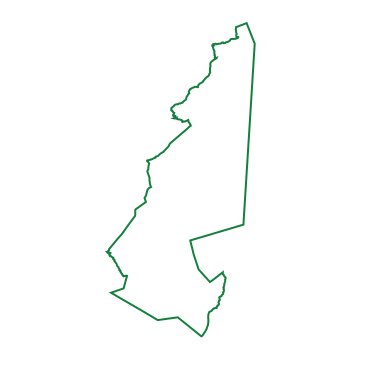 outline of Laisamis, Eastern, Kenya, rotated 69°
{"feature_id": "3690345B46270372847124", "entity_name": "Laisamis", "entity_type": "district", "adm_level": 2, "iso_a3": "KEN", "parent_name": "Kenya", "parent_adm1": "Eastern", "projection": "albers", "projection_center": [37.15, 2.304], "detail": "fine", "context": "isolated", "style": "outline", "palette": "green", "viewbox_px": 384, "rotation_deg": 69, "n_neighbors": 0, "source": "geoboundaries", "source_scale": "gbopen_adm2", "svg_char_len": 5746}
<svg xmlns="http://www.w3.org/2000/svg" viewBox="0 0 384 384"><g transform="rotate(69 192 192)"><path d="M330.1,235.0L330.0,234.2L329.4,233.1L327.8,231.0L327.0,229.6L326.4,229.1L324.9,227.3L323.3,226.0L321.5,224.5L318.5,223.0L314.3,221.6L313.9,221.5L313.0,220.9L312.2,220.6L311.9,220.4L310.3,219.0L310.2,218.6L310.2,218.0L310.1,217.8L310.1,217.4L310.0,216.5L309.7,215.9L309.3,215.3L309.2,215.0L309.0,214.8L308.9,214.3L308.8,213.9L308.8,213.3L308.5,213.0L308.8,211.2L309.1,210.6L308.9,210.4L308.1,210.1L307.6,209.7L307.6,209.2L307.3,208.8L307.3,208.5L306.9,208.1L306.8,207.4L306.6,207.2L305.7,206.8L304.8,206.9L304.4,206.7L304.0,206.3L303.6,206.0L303.4,205.8L303.2,205.5L303.0,204.9L302.0,204.5L301.9,204.5L301.7,204.7L301.4,204.7L301.1,204.5L300.1,204.3L299.9,204.0L299.8,202.0L299.5,201.5L299.0,201.3L298.5,199.7L297.7,199.1L297.2,199.0L296.8,198.9L296.7,198.5L296.5,198.2L295.5,197.5L295.2,197.4L294.9,197.3L294.4,197.4L294.2,197.1L293.9,197.2L293.0,196.9L292.3,196.9L292.2,196.8L292.0,196.2L291.4,196.0L290.9,195.4L290.3,195.2L288.8,194.4L288.3,193.9L287.3,193.0L286.3,192.6L285.7,192.5L284.8,191.6L283.8,191.3L283.6,191.3L283.2,191.7L282.7,191.7L281.7,192.1L280.6,192.2L280.2,192.5L279.8,192.6L279.2,192.5L278.0,192.0L281.7,204.3L282.5,207.5L266.6,213.6L251.0,212.8L236.6,211.0L240.9,155.7L76.0,80.3L53.9,80.5L53.9,91.7L54.0,91.7L54.9,92.2L55.7,92.8L56.1,93.0L56.7,93.1L57.5,93.1L57.8,93.3L58.3,93.3L59.1,93.6L60.2,93.6L60.9,94.0L61.2,94.4L62.1,94.7L63.3,94.9L63.6,94.7L63.6,94.4L63.4,94.2L63.9,93.3L64.0,93.3L64.3,93.5L64.6,94.2L64.7,94.6L64.5,96.8L64.2,97.7L63.2,100.6L63.2,101.0L63.3,101.3L63.6,101.6L63.9,101.9L64.2,102.4L64.4,102.9L64.7,104.8L64.4,107.1L64.7,107.6L64.7,108.1L64.6,108.7L64.2,109.3L63.5,109.4L63.4,109.7L63.3,110.7L63.5,111.0L63.6,111.4L63.6,112.3L63.4,113.3L63.3,113.6L63.0,114.3L63.1,114.8L63.0,115.1L63.0,115.8L62.5,116.2L62.0,117.0L61.9,117.7L61.7,118.4L61.6,119.3L61.8,119.4L62.2,119.3L62.3,119.3L62.2,119.8L62.3,120.0L62.7,119.6L63.0,119.4L62.9,120.1L62.6,120.6L62.8,120.7L63.1,120.5L63.4,120.5L65.4,120.6L66.1,120.8L66.6,120.6L67.6,120.8L69.0,120.6L69.9,121.3L71.6,121.6L72.2,122.0L72.4,122.0L72.5,121.7L73.0,121.9L73.5,121.8L74.8,122.6L75.3,122.5L75.6,122.2L75.7,121.7L75.7,121.4L75.6,121.1L75.6,120.9L75.8,121.1L76.0,121.6L76.0,122.1L76.3,122.9L76.3,123.7L76.4,124.3L76.5,124.7L76.9,125.5L77.2,127.0L77.5,127.5L78.6,128.9L79.5,129.3L80.5,129.3L81.9,130.2L82.2,130.3L82.9,130.8L84.0,131.2L85.5,132.0L86.5,132.1L87.0,132.2L87.3,132.5L87.7,133.2L89.1,134.5L89.4,135.0L89.6,135.5L89.8,135.7L89.9,136.8L91.1,139.4L91.6,140.2L92.0,141.0L92.5,141.6L92.6,142.1L93.2,142.7L93.3,143.3L93.3,144.0L93.5,144.6L93.5,145.6L93.8,146.2L94.3,147.5L94.6,147.9L95.4,148.3L95.9,148.7L96.1,148.7L96.2,148.9L96.1,149.4L95.3,150.4L95.1,150.8L94.8,151.7L94.8,151.9L95.0,152.7L94.9,154.5L95.3,155.6L95.2,156.6L95.7,157.0L95.7,157.4L96.3,158.1L96.7,158.7L97.0,159.0L98.0,159.2L98.7,159.2L99.0,159.2L99.1,159.5L99.1,159.9L99.2,160.2L100.9,162.4L101.2,162.9L102.9,164.1L103.5,164.5L104.0,166.2L104.5,167.5L104.5,168.1L104.6,168.3L105.1,168.6L105.2,169.0L105.1,170.1L105.2,171.0L104.9,171.7L104.8,172.6L105.0,173.5L105.0,173.8L105.0,174.1L104.7,174.8L104.5,175.4L104.5,176.8L104.6,177.1L105.3,178.3L106.1,180.9L106.2,181.1L106.6,181.4L107.0,181.4L107.7,181.9L108.4,182.1L109.0,181.7L109.2,181.2L110.0,181.3L110.4,181.0L110.9,181.0L111.2,180.9L111.5,180.7L111.8,180.3L112.8,181.1L113.1,181.5L113.2,182.0L113.5,182.2L114.3,182.1L114.7,181.9L114.9,181.2L114.9,180.4L115.1,180.2L116.0,180.5L116.2,180.9L116.2,181.1L116.4,181.3L116.7,181.0L116.8,181.3L116.7,182.6L117.0,182.2L117.3,181.1L117.3,179.9L117.7,180.3L117.8,180.3L118.0,179.8L118.2,179.7L118.6,179.7L118.8,179.6L119.2,178.7L120.2,177.1L120.5,176.7L121.8,175.5L122.0,175.5L122.9,176.0L123.2,175.9L123.3,175.4L123.1,174.9L123.2,174.5L123.6,173.7L123.7,173.3L123.5,172.5L123.6,171.3L123.4,169.7L123.8,169.7L124.1,169.8L124.2,170.1L124.3,170.2L124.5,170.1L125.0,170.1L126.4,169.7L126.8,169.7L127.6,169.5L128.5,169.5L129.1,169.3L129.7,169.4L130.3,171.7L130.9,172.9L138.8,195.1L139.7,196.2L140.9,197.4L143.9,203.7L144.2,204.0L144.9,207.8L146.2,211.1L146.0,213.4L146.3,213.7L146.8,213.8L146.8,215.6L147.1,218.2L146.8,218.9L146.9,219.4L146.8,221.0L146.5,222.3L146.5,222.6L147.0,222.8L147.4,222.7L147.7,222.6L148.8,222.0L149.1,221.9L150.0,221.8L150.3,222.0L151.3,222.7L152.9,223.7L155.2,224.7L156.4,226.2L156.7,226.3L163.5,226.6L163.9,226.7L165.4,227.4L168.0,228.0L168.6,228.2L169.9,228.4L171.7,228.5L172.4,228.6L172.7,228.5L172.9,230.6L173.0,231.1L173.8,232.5L174.4,233.1L174.9,233.5L179.0,236.3L180.1,238.0L180.5,238.4L180.9,238.5L181.8,238.5L184.8,238.6L188.0,250.9L188.2,251.3L192.4,252.9L193.8,253.6L194.0,253.8L199.3,262.2L206.3,272.8L209.1,278.3L215.4,289.5L215.7,289.7L215.9,290.0L216.0,290.1L216.4,290.2L216.7,290.3L217.0,291.2L217.3,291.1L217.8,291.9L218.0,292.2L217.7,292.8L218.6,292.5L218.6,292.0L218.7,291.9L218.7,291.6L218.9,291.3L219.5,290.8L219.6,290.1L219.8,290.0L220.3,291.4L220.7,291.7L221.0,291.7L221.7,291.5L222.3,291.5L222.3,290.9L223.1,290.8L223.4,290.4L224.1,290.0L224.9,289.2L225.6,289.0L225.8,289.1L226.1,289.6L226.5,289.3L226.7,289.2L226.8,289.3L227.4,289.1L227.6,288.8L228.1,288.7L228.6,289.1L228.9,289.2L229.8,288.8L232.0,288.2L232.7,288.2L233.6,288.3L234.4,288.3L235.7,287.6L236.5,287.8L237.3,287.6L238.1,287.5L238.3,287.7L238.9,287.8L239.0,287.7L239.2,287.3L239.4,287.0L239.6,287.0L240.0,287.4L240.8,287.5L241.3,287.1L242.1,287.2L242.4,287.1L243.2,286.6L243.5,286.6L244.0,286.8L244.3,286.8L244.7,286.4L245.9,286.3L246.1,286.2L246.0,285.8L246.0,285.6L246.3,285.2L246.3,284.4L246.6,284.0L246.6,283.4L246.7,283.0L247.0,282.7L257.5,290.4L257.0,303.7L264.4,297.8L288.6,278.3L299.3,269.9L303.9,250.2L330.1,235.0Z" fill="none" stroke="#15803d" stroke-width="2"/></g></svg>